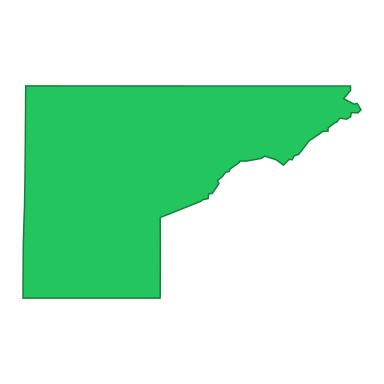 outline of Mesa, Colorado, United States of America
{"feature_id": "52423323B90693029046288", "entity_name": "Mesa", "entity_type": "district", "adm_level": 2, "iso_a3": "USA", "parent_name": "United States of America", "parent_adm1": "Colorado", "projection": "robinson", "projection_center": [-108.07, 38.933], "detail": "fine", "context": "isolated", "style": "filled", "palette": "green", "viewbox_px": 384, "rotation_deg": 0, "n_neighbors": 0, "source": "geoboundaries", "source_scale": "gbopen_adm2", "svg_char_len": 799}
<svg xmlns="http://www.w3.org/2000/svg" viewBox="0 0 384 384"><path d="M336.6,122.3L339.9,118.1L346.6,119.2L350.7,116.8L351.2,112.6L357.9,112.9L361.0,109.8L357.1,103.4L354.2,104.2L343.7,98.7L350.6,90.4L350.5,86.0L215.1,86.0L25.7,85.9L25.3,144.8L25.0,175.7L24.8,189.7L24.8,189.8L24.6,198.9L24.6,199.1L24.5,206.3L23.8,225.8L23.3,244.3L23.1,273.8L23.0,298.1L160.1,298.1L160.2,296.1L160.3,256.9L160.2,217.5L200.9,201.3L203.0,199.6L208.1,198.6L208.7,193.8L212.2,193.5L219.0,183.6L217.4,180.7L222.4,176.5L225.6,172.2L229.2,171.5L230.0,169.0L239.0,162.7L240.0,161.0L246.2,161.1L261.4,158.4L264.7,156.1L276.2,159.8L283.5,165.1L289.0,159.5L292.3,159.7L294.1,155.9L298.8,154.3L309.1,140.9L323.2,131.3L328.1,131.1L328.0,128.1L334.8,122.7L336.6,122.3Z" fill="#22c55e" stroke="#15803d" stroke-width="1.5"/></svg>